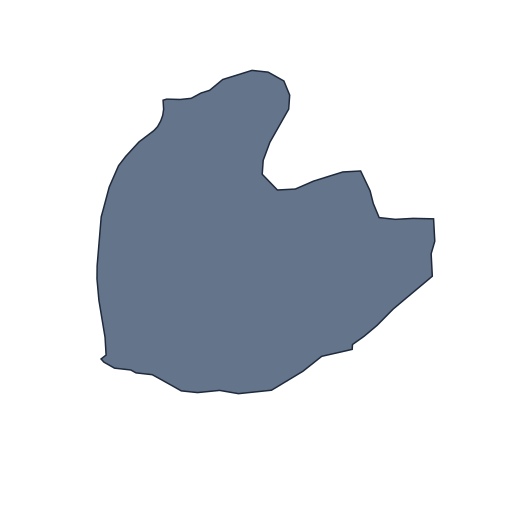 Ichon, Kangwŏn-do, North Korea (Albers equal-area conic projection), rotated 29°
{"feature_id": "82179303B59888018028618", "entity_name": "Ichon", "entity_type": "district", "adm_level": 2, "iso_a3": "PRK", "parent_name": "North Korea", "parent_adm1": "Kangwŏn-do", "projection": "albers", "projection_center": [126.851, 38.503], "detail": "fine", "context": "isolated", "style": "filled", "palette": "slate", "viewbox_px": 512, "rotation_deg": 29, "n_neighbors": 0, "source": "geoboundaries", "source_scale": "gbopen_adm2", "svg_char_len": 1001}
<svg xmlns="http://www.w3.org/2000/svg" viewBox="0 0 512 512"><g transform="rotate(29 256 256)"><path d="M385.4,291.0L383.3,286.6L389.4,273.9L395.5,258.0L401.7,235.8L407.8,219.9L420.0,188.2L408.1,169.1L405.2,156.4L393.3,137.4L375.2,146.9L360.1,156.4L345.1,162.7L333.1,153.2L324.2,143.7L306.3,130.9L291.2,140.4L282.1,149.9L270.0,162.6L257.9,178.4L242.7,187.9L221.8,181.5L215.9,168.8L213.0,149.8L213.2,130.7L213.3,118.0L213.4,111.7L207.5,99.0L195.5,89.4L177.5,89.3L162.5,95.6L147.3,111.5L141.3,117.8L135.1,133.6L129.0,140.0L122.9,149.5L113.9,155.8L101.8,162.1L99.2,164.8L104.1,172.5L106.2,178.1L107.2,184.0L107.2,190.6L105.9,195.8L98.4,212.8L93.8,231.8L92.0,243.6L94.2,266.9L100.0,290.0L101.6,296.7L121.8,341.6L128.0,353.1L140.0,370.8L163.4,400.3L172.9,415.3L170.4,421.2L174.5,422.6L186.6,422.7L201.7,416.4L207.7,416.4L222.8,410.1L240.9,410.1L256.0,410.2L271.1,403.8L289.3,391.2L307.4,384.9L334.6,365.9L352.9,334.1L362.1,311.9L385.4,291.0Z" fill="#64748b" stroke="#1e293b" stroke-width="1.5"/></g></svg>